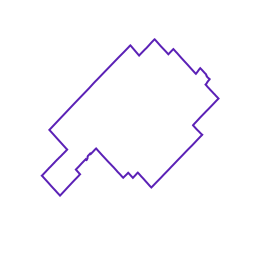 Daneti, Dolj, Romania (Robinson projection), rotated 117°
{"feature_id": "2599482B50107441786300", "entity_name": "Daneti", "entity_type": "district", "adm_level": 2, "iso_a3": "ROU", "parent_name": "Romania", "parent_adm1": "Dolj", "projection": "robinson", "projection_center": [24.066, 43.939], "detail": "fine", "context": "isolated", "style": "outline", "palette": "violet", "viewbox_px": 256, "rotation_deg": 117, "n_neighbors": 0, "source": "geoboundaries", "source_scale": "gbopen_adm2", "svg_char_len": 3503}
<svg xmlns="http://www.w3.org/2000/svg" viewBox="0 0 256 256"><g transform="rotate(117 128 128)"><path d="M209.6,183.1L209.7,182.7L210.5,180.6L213.0,174.0L214.4,170.5L215.6,167.3L216.9,163.7L217.5,162.2L218.2,160.3L218.4,159.7L219.1,157.9L218.2,157.6L212.6,156.0L209.4,155.1L207.3,154.5L204.9,153.8L202.1,153.0L201.1,152.7L198.4,151.9L196.5,151.3L195.6,151.0L194.5,150.7L193.3,150.3L191.9,150.0L191.0,149.7L189.0,154.9L188.7,155.6L184.5,154.3L180.8,153.3L176.2,151.9L175.0,151.5L175.5,150.6L175.5,150.4L175.3,150.3L174.3,150.3L173.7,150.3L173.1,150.4L172.8,150.6L172.4,150.8L172.1,150.9L171.5,151.0L170.9,151.0L170.8,150.9L170.0,150.7L167.9,150.1L168.2,149.4L167.3,149.1L165.9,148.7L164.3,148.2L163.1,147.9L161.5,147.4L160.7,147.1L160.8,146.8L160.9,146.6L161.4,145.4L162.7,142.0L164.2,138.1L164.4,137.5L166.2,132.6L166.7,131.3L167.6,128.7L168.2,126.9L169.2,124.1L169.4,123.4L171.3,118.5L171.7,117.6L172.1,116.4L172.3,115.8L172.7,114.6L173.2,113.2L173.9,111.5L174.5,109.7L173.9,109.5L169.8,108.1L167.8,107.5L167.9,107.2L169.9,101.8L170.2,101.0L166.4,99.9L164.4,99.4L163.3,99.0L164.1,96.8L165.4,93.5L165.6,92.8L166.7,89.9L167.2,88.7L168.5,85.3L169.7,82.3L170.4,80.2L169.2,79.8L164.0,78.2L162.7,77.8L160.5,77.1L157.0,76.0L153.5,75.0L146.1,72.7L142.6,71.7L141.7,71.4L140.7,71.1L137.7,70.2L134.0,69.1L127.9,67.2L122.5,65.6L119.6,64.7L114.1,62.9L110.0,61.7L107.9,61.1L104.9,60.2L102.9,59.6L101.6,59.2L100.9,58.9L100.3,58.8L100.2,59.4L100.1,59.8L99.6,61.4L99.2,62.5L98.9,63.3L98.5,64.7L98.0,66.2L96.1,71.3L95.9,71.3L95.5,71.2L94.8,71.0L93.3,70.6L91.7,70.1L86.0,68.5L77.5,65.9L75.1,65.1L71.8,64.1L69.2,63.3L63.1,61.5L60.7,60.7L60.1,62.2L59.3,64.6L58.7,66.0L58.4,67.1L57.6,69.2L56.5,72.4L56.0,73.6L55.4,75.4L55.1,76.1L54.9,76.6L54.5,77.5L54.1,78.6L53.3,78.4L52.8,78.2L52.2,78.2L51.5,78.2L50.2,78.0L48.7,77.7L47.8,77.4L47.4,77.4L47.3,77.9L47.0,79.0L46.8,79.9L46.7,80.2L45.9,80.1L46.2,80.2L46.2,80.3L46.3,80.6L46.2,81.1L46.2,81.3L46.0,81.6L45.8,81.8L45.6,81.9L45.4,82.3L45.0,82.5L44.9,82.6L44.7,82.9L44.3,84.2L43.5,86.3L42.6,88.7L41.9,90.8L43.5,91.2L45.7,91.5L47.4,91.8L48.9,92.1L48.6,93.1L47.5,96.0L46.4,98.9L44.6,103.5L43.1,107.6L41.5,111.9L40.2,115.2L39.6,116.7L39.1,117.9L38.4,119.9L37.4,122.5L37.2,123.1L37.1,123.4L39.9,124.3L44.0,125.5L42.7,128.9L40.2,136.0L38.2,141.0L36.9,144.4L36.9,144.6L41.1,145.9L44.5,146.8L48.5,147.9L50.1,148.5L56.6,150.5L58.4,151.0L57.7,152.7L53.5,162.8L53.3,163.4L54.7,163.9L55.2,164.0L56.2,164.3L59.8,165.4L62.4,166.2L69.2,168.4L86.2,173.6L87.8,174.1L99.0,177.5L101.1,178.2L103.8,179.0L110.4,180.8L116.3,182.6L130.1,186.8L165.4,197.2L167.4,191.9L170.0,185.2L174.3,173.9L174.8,172.4L175.3,172.5L175.7,172.6L176.1,172.8L176.6,172.9L177.0,173.0L177.4,173.1L177.8,173.3L178.2,173.4L178.6,173.5L179.1,173.7L179.5,173.8L179.9,173.9L180.4,174.1L180.8,174.2L181.2,174.4L181.7,174.5L182.1,174.6L182.7,174.8L183.3,175.0L183.9,175.2L184.6,175.4L185.2,175.7L185.9,175.9L186.5,176.1L187.2,176.3L187.8,176.5L188.5,176.8L188.8,176.9L189.1,176.9L189.6,177.1L190.2,177.3L190.9,177.5L191.5,177.7L192.1,177.8L192.5,177.9L192.7,178.0L192.8,178.1L193.0,178.1L193.4,178.2L193.8,178.4L194.3,178.5L194.8,178.6L195.2,178.8L195.6,178.9L196.0,179.0L196.7,179.2L197.2,179.4L197.7,179.5L198.3,179.7L198.5,179.8L198.8,179.9L199.4,180.1L200.0,180.3L200.6,180.4L201.2,180.6L201.8,180.8L202.3,180.9L202.9,181.1L203.5,181.3L204.1,181.4L204.7,181.6L205.3,181.8L205.9,182.0L206.5,182.1L207.0,182.3L207.6,182.5L208.2,182.6L208.5,182.7L209.0,182.9L209.6,183.1Z" fill="none" stroke="#5b21b6" stroke-width="2"/></g></svg>